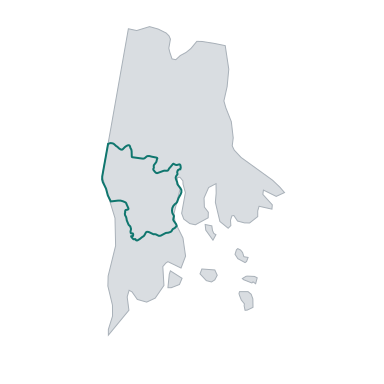 where Oio sits in Guinea-Bissau, rotated 280°
{"feature_id": "GNB-772", "entity_name": "Oio", "entity_type": "Region", "adm_level": 1, "iso_a3": "GNB", "parent_name": "Guinea-Bissau", "parent_adm1": "", "projection": "orthographic", "projection_center": [-15.268, 12.289], "detail": "fine", "context": "in_parent", "style": "outline", "palette": "teal", "viewbox_px": 384, "rotation_deg": 280, "n_neighbors": 0, "source": "natural_earth", "source_scale": "10m", "svg_char_len": 4814}
<svg xmlns="http://www.w3.org/2000/svg" viewBox="0 0 384 384"><g transform="rotate(280 192 192)"><path d="M36.5,134.5L42.1,133.5L56.0,135.3L66.8,133.3L74.4,130.0L84.7,125.5L94.7,124.0L125.8,126.1L152.9,120.7L173.1,110.4L191.7,100.8L215.8,100.9L241.6,101.0L278.3,101.0L307.4,101.0L341.7,101.0L341.4,109.5L347.5,121.5L346.6,130.4L344.1,138.9L341.8,142.2L338.8,144.2L329.6,144.2L325.7,145.9L319.6,149.2L319.5,153.1L324.4,156.8L328.4,161.9L333.1,166.0L341.2,170.6L342.0,175.9L342.2,189.0L341.9,199.3L319.3,206.9L301.9,208.3L287.2,207.6L280.8,210.7L268.1,218.5L252.4,223.2L244.4,223.6L240.6,226.3L234.5,234.4L217.6,269.3L212.0,277.7L207.5,283.2L202.3,275.7L206.3,262.0L201.9,262.2L193.3,273.3L189.0,273.7L189.6,260.5L184.8,260.0L179.2,261.0L171.5,254.1L170.7,249.0L171.3,241.9L176.1,237.3L175.4,235.4L170.9,234.8L165.7,236.1L162.6,233.9L167.8,224.6L185.9,216.8L195.0,216.0L204.4,214.2L199.3,207.6L188.2,204.9L179.3,206.8L174.9,211.6L169.4,212.4L160.3,201.0L160.5,195.3L163.9,188.6L169.2,185.5L190.2,185.6L198.2,181.8L201.4,181.1L204.4,177.6L203.8,175.3L200.4,175.2L192.5,179.7L167.2,178.0L159.2,180.7L145.1,191.1L127.7,196.8L115.2,194.4L119.2,180.4L117.4,178.5L113.5,176.2L95.1,180.6L81.1,174.2L75.7,166.5L76.7,156.8L83.2,150.3L84.3,147.1L77.4,146.4L64.6,150.4L36.5,134.5ZM97.3,270.5L89.0,272.1L85.3,266.9L84.7,264.8L89.0,263.1L91.0,263.0L94.2,259.3L98.3,256.8L100.1,255.9L102.1,256.1L103.6,264.5L101.6,268.0L97.3,270.5ZM119.2,228.0L114.4,231.3L109.4,229.7L106.8,226.8L107.2,221.5L112.8,214.1L117.9,215.1L119.2,228.0ZM110.6,184.4L105.3,197.2L98.7,195.7L94.1,188.1L93.6,184.9L107.0,183.9L110.6,184.4ZM137.3,254.3L137.3,258.6L133.0,257.8L131.7,256.5L134.3,248.7L138.1,245.2L142.8,245.8L144.2,246.9L143.3,249.9L141.2,252.3L137.3,254.3ZM155.0,220.6L154.1,223.0L148.2,221.0L156.8,212.2L162.3,210.6L162.1,217.4L157.8,218.8L155.0,220.6ZM119.7,268.2L118.8,271.1L112.7,270.6L114.1,267.7L112.8,266.8L114.6,258.0L115.5,256.6L118.4,259.9L118.8,261.3L119.7,268.2Z" fill="#d9dde1" stroke="#a8b0b8" stroke-width="1"/><path d="M196.8,100.9L224.8,101.0L226.0,103.1L226.1,104.3L226.1,105.5L225.9,106.3L225.7,106.8L224.0,109.5L223.6,110.6L222.6,112.1L222.1,112.9L221.5,114.5L221.5,115.4L221.7,116.0L222.1,116.4L224.6,118.1L226.0,119.5L226.2,119.8L226.5,120.2L226.8,120.7L227.1,121.6L227.0,122.2L226.7,122.6L226.3,122.9L225.8,123.2L225.3,123.4L224.8,123.6L223.6,124.6L223.2,124.9L221.5,125.5L216.6,126.5L216.1,126.7L215.9,127.3L216.3,137.6L216.4,138.2L216.6,138.8L216.9,139.2L217.2,139.6L219.1,141.2L219.5,141.7L219.8,142.5L220.0,144.0L219.8,146.0L219.7,150.8L219.5,151.7L219.1,152.0L218.0,151.8L216.0,151.7L215.4,151.6L214.9,151.4L212.2,150.0L211.8,149.8L211.4,149.8L210.9,149.8L210.4,149.9L209.9,150.1L209.3,150.2L208.7,150.1L208.2,149.9L207.7,149.9L207.3,150.1L206.8,150.4L206.5,150.8L205.5,151.9L204.7,153.1L204.5,153.9L204.6,154.6L207.8,160.1L208.2,161.1L208.6,163.7L208.8,164.2L209.1,164.6L209.6,164.9L210.7,165.2L211.6,165.6L212.1,166.0L216.3,168.4L216.6,168.9L216.4,169.4L216.1,170.4L215.9,171.1L215.9,171.8L215.9,172.0L216.0,172.5L216.7,174.0L217.0,174.7L217.0,175.0L216.9,175.4L216.8,175.5L216.5,175.8L216.1,176.0L215.6,176.2L215.0,176.4L213.9,176.7L212.8,176.6L212.5,176.5L212.4,176.5L212.4,175.9L211.8,175.2L211.1,174.7L211.1,174.4L210.0,174.0L208.8,174.0L207.8,174.4L207.0,174.6L204.8,173.6L203.6,173.4L202.2,173.8L199.0,175.7L197.4,176.2L196.5,176.9L193.6,180.1L192.1,181.2L189.8,181.6L187.8,181.2L183.7,179.8L179.7,179.1L178.4,178.5L177.0,177.2L175.0,176.0L172.7,175.4L170.3,175.5L168.1,176.2L167.3,176.7L165.7,178.1L165.0,178.4L162.8,178.3L161.7,178.3L160.8,178.7L157.6,181.9L157.0,182.3L155.9,182.8L154.0,181.6L153.4,181.1L152.1,179.5L151.2,179.1L150.0,178.7L149.4,178.2L149.0,177.9L147.8,175.7L147.2,173.5L146.8,172.9L143.6,168.8L143.3,168.0L143.2,167.5L143.1,166.8L144.0,163.8L144.0,162.9L143.9,162.2L143.7,161.6L143.8,161.0L145.0,156.7L145.1,155.6L145.0,154.7L144.8,154.3L144.5,153.9L144.0,153.6L141.3,152.7L140.8,152.4L140.3,152.2L139.9,151.8L138.9,150.7L136.6,148.7L135.2,147.1L134.9,146.7L134.7,146.2L134.7,145.8L134.8,145.3L135.6,144.6L135.8,144.0L135.5,143.6L135.3,143.1L135.4,142.4L136.6,140.8L137.2,140.1L137.8,139.8L138.1,140.3L138.3,141.3L138.6,141.5L139.1,141.5L139.8,141.5L140.4,141.3L140.8,141.0L140.9,140.3L140.7,139.8L140.7,139.3L141.0,138.8L142.0,138.4L142.7,138.3L144.6,138.4L145.2,138.3L147.2,137.3L147.7,136.8L148.3,135.8L148.8,135.2L152.7,132.7L154.7,132.0L155.8,131.5L157.6,130.1L158.7,129.7L159.5,129.6L159.9,129.7L160.4,129.7L160.7,129.7L161.2,129.5L161.8,129.5L162.4,129.6L162.8,129.9L163.4,131.6L163.7,132.0L164.1,132.3L164.6,132.3L165.2,132.0L168.7,129.6L169.2,129.4L169.7,129.0L170.2,128.3L170.8,126.0L171.0,124.5L171.1,123.1L170.7,120.7L168.8,114.3L168.6,113.7L174.0,109.7L180.3,106.8L186.2,102.5L188.8,101.3L191.8,100.9L196.8,100.9Z" fill="none" stroke="#0f766e" stroke-width="2"/></g></svg>